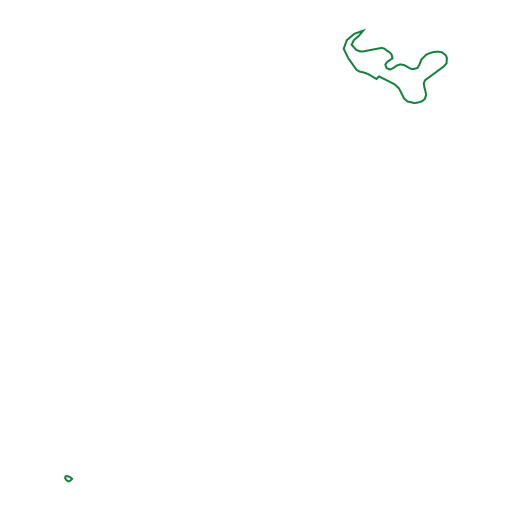 Tongatapu, Albers equal-area conic projection
{"feature_id": "TON-4945", "entity_name": "Tongatapu", "entity_type": "state/province", "adm_level": 1, "iso_a3": "TON", "parent_name": "Tonga", "parent_adm1": "", "projection": "albers", "projection_center": [-175.347, -21.701], "detail": "fine", "context": "isolated", "style": "outline", "palette": "green", "viewbox_px": 512, "rotation_deg": 0, "n_neighbors": 0, "source": "natural_earth", "source_scale": "10m", "svg_char_len": 891}
<svg xmlns="http://www.w3.org/2000/svg" viewBox="0 0 512 512"><path d="M442.1,52.4L445.6,55.1L446.9,57.9L446.5,63.4L443.7,66.5L425.0,80.3L423.8,83.3L424.3,87.1L425.4,91.0L426.1,94.7L424.9,98.9L421.9,101.3L418.2,102.5L414.6,103.1L407.5,101.5L404.2,98.6L399.0,88.4L394.6,84.3L379.0,76.4L376.5,79.0L368.4,74.2L363.7,72.4L359.6,71.6L356.5,69.8L348.4,58.4L343.7,48.8L346.8,40.2L354.4,33.8L363.1,30.7L359.0,35.7L353.8,40.2L351.6,44.8L356.3,49.9L359.9,51.4L362.8,51.5L381.5,47.9L384.5,48.7L387.0,50.7L389.6,52.3L391.6,54.5L392.5,58.4L387.5,61.6L385.3,64.5L386.6,68.1L390.1,69.5L393.4,68.0L396.7,65.6L400.1,64.4L404.2,65.1L410.0,68.4L412.6,69.2L417.5,68.0L419.5,64.4L421.4,59.5L426.1,54.8L429.5,53.2L433.7,52.0L438.2,51.6L442.1,52.4ZM67.0,476.0L70.1,477.1L72.1,478.8L70.8,480.3L69.2,481.3L68.1,481.3L66.3,480.0L65.1,478.1L65.5,476.4L67.0,476.0Z" fill="none" stroke="#15803d" stroke-width="2"/></svg>